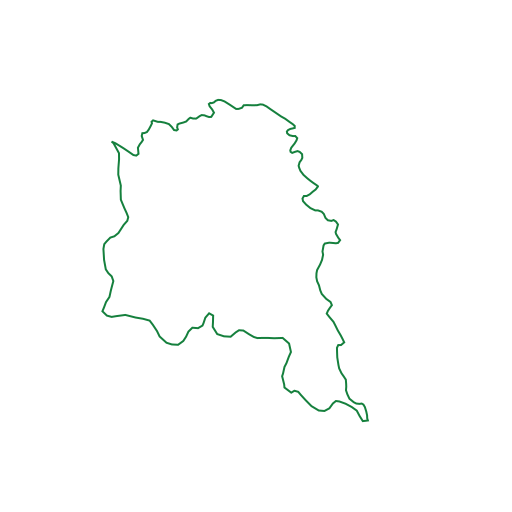 Naroulia, Gomel, Belarus, rotated 33°
{"feature_id": "67162791B29889808776469", "entity_name": "Naroulia", "entity_type": "district", "adm_level": 2, "iso_a3": "BLR", "parent_name": "Belarus", "parent_adm1": "Gomel", "projection": "robinson", "projection_center": [29.526, 51.623], "detail": "fine", "context": "isolated", "style": "outline", "palette": "green", "viewbox_px": 512, "rotation_deg": 33, "n_neighbors": 0, "source": "geoboundaries", "source_scale": "gbopen_adm2", "svg_char_len": 3572}
<svg xmlns="http://www.w3.org/2000/svg" viewBox="0 0 512 512"><g transform="rotate(33 256 256)"><path d="M270.0,163.8L268.5,163.6L264.0,163.5L260.7,163.3L256.7,162.9L251.6,162.1L246.9,160.4L244.3,158.6L242.6,157.1L241.5,153.6L241.7,150.9L241.4,148.5L239.2,145.5L236.0,144.9L233.7,145.4L231.9,147.5L230.2,149.8L228.3,149.8L227.2,148.7L226.6,145.9L227.1,140.6L227.0,137.0L226.4,134.7L223.6,134.0L221.7,135.3L218.3,136.5L215.3,136.1L214.1,134.8L214.3,132.9L215.6,130.7L217.3,129.0L218.7,127.5L217.6,125.8L215.0,125.4L211.1,125.3L205.7,125.0L201.0,125.3L193.1,125.1L188.2,125.0L183.3,124.8L179.3,125.3L177.0,126.5L174.7,129.0L172.0,130.8L169.5,132.4L166.2,134.4L163.6,136.3L163.5,139.3L161.3,142.1L159.2,143.5L151.7,143.4L145.4,143.5L141.7,144.3L139.2,145.7L137.7,147.8L137.0,150.2L135.5,152.0L134.3,152.5L133.7,154.2L135.6,155.7L139.5,157.0L142.7,158.7L142.7,161.9L142.7,163.7L141.0,165.0L138.4,165.7L136.2,166.1L133.7,167.4L132.6,169.3L131.4,172.4L130.9,173.4L128.3,175.0L125.6,175.8L124.9,177.6L124.2,181.2L122.4,183.6L119.6,186.7L118.6,188.4L119.8,191.1L121.5,192.4L121.0,194.0L118.7,195.0L115.0,193.6L111.1,192.8L106.8,193.9L102.9,195.5L100.5,197.0L95.8,198.3L95.3,200.3L96.5,201.4L96.9,204.6L97.2,208.3L97.0,211.5L95.5,213.6L93.8,214.9L94.8,217.6L98.0,220.2L98.0,222.8L97.7,225.6L98.0,229.5L99.9,231.9L101.8,234.3L100.9,237.0L98.2,238.1L92.5,237.9L86.4,237.8L76.8,238.0L72.6,238.7L75.1,239.0L80.1,241.7L85.1,244.4L88.5,249.5L92.8,257.4L96.2,262.8L104.3,270.6L107.0,275.2L112.0,282.4L119.6,287.6L123.9,290.3L127.7,293.0L128.9,296.6L128.1,301.8L128.1,306.0L128.1,311.7L126.5,316.6L123.8,319.9L122.7,325.4L122.3,328.7L124.2,333.2L130.7,342.0L137.3,349.0L141.5,350.8L146.1,351.7L150.0,354.7L151.5,359.3L153.0,363.8L155.4,370.2L155.3,376.3L156.5,381.7L157.3,386.0L163.4,387.2L168.1,385.7L171.5,382.6L178.5,376.6L188.5,373.2L195.4,370.2L202.0,368.1L207.0,369.9L213.9,372.9L219.0,376.0L228.2,377.5L233.6,376.0L239.0,372.9L241.3,366.9L241.3,361.7L240.5,356.2L241.7,350.8L246.7,348.1L249.0,343.5L248.6,341.1L247.1,335.3L247.9,329.6L252.5,329.3L256.0,335.0L258.3,339.0L266.0,342.6L272.9,340.8L278.7,337.5L280.6,331.1L282.2,327.5L286.0,325.4L292.9,325.4L298.3,325.1L301.8,324.1L305.3,321.7L310.3,318.4L316.0,315.1L323.0,310.2L331.4,311.4L337.6,317.5L338.4,322.6L339.9,329.3L340.3,333.5L342.7,339.9L343.4,342.6L349.6,348.4L351.5,350.8L360.0,351.4L361.6,348.1L365.4,346.9L369.3,348.1L376.2,349.9L384.3,351.7L392.8,351.4L397.8,348.7L400.5,343.8L400.8,337.8L402.0,334.1L405.1,332.6L411.6,331.1L418.5,330.5L424.7,330.8L430.1,333.8L435.5,336.3L437.8,334.4L439.4,333.0L437.7,331.6L436.0,329.2L433.3,326.5L429.6,323.4L427.0,322.1L425.0,322.2L423.4,323.6L420.5,325.1L417.7,325.4L412.1,324.8L407.9,322.2L404.6,319.6L402.9,316.5L401.3,314.2L398.7,310.8L395.1,309.2L391.6,307.8L387.0,305.0L384.5,302.5L379.4,296.8L376.3,292.4L373.9,288.9L373.5,285.9L375.8,284.4L377.0,280.4L373.9,278.5L370.4,276.5L365.0,273.8L360.3,271.0L356.8,269.0L351.1,267.3L346.7,265.8L346.2,262.9L346.2,259.9L346.4,255.9L343.6,254.0L338.2,253.7L331.8,252.0L328.6,249.8L324.8,246.3L321.0,243.9L318.2,241.0L316.1,237.5L314.9,234.5L314.4,228.3L313.5,223.3L311.6,218.4L309.3,216.0L306.9,210.3L306.9,208.1L310.2,204.9L313.2,203.3L316.1,201.8L317.7,200.3L317.9,196.9L315.1,195.9L311.1,193.9L309.7,192.6L309.0,189.5L307.6,184.9L304.3,183.6L301.5,183.6L300.1,185.5L296.8,186.9L293.5,186.2L290.0,183.8L287.0,183.1L283.2,184.0L280.9,185.5L275.5,186.2L270.1,185.6L265.6,184.4L263.7,182.5L263.5,179.6L265.8,178.1L267.5,175.0L268.6,171.1L269.8,167.8L270.1,164.0L270.0,163.8Z" fill="none" stroke="#15803d" stroke-width="2"/></g></svg>